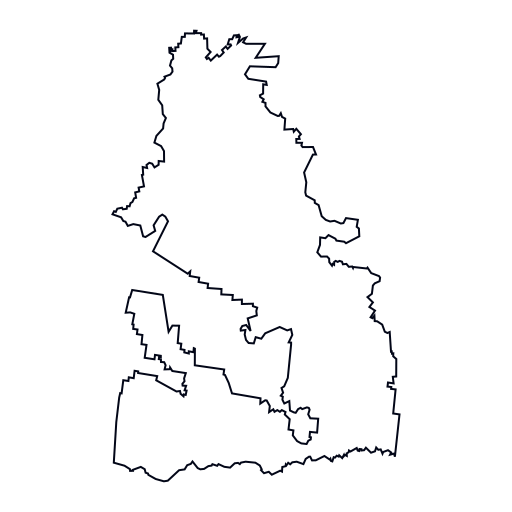 Sayula de Alemán, Veracruz, Mexico
{"feature_id": "50627088B32201743992634", "entity_name": "Sayula de Alemán", "entity_type": "district", "adm_level": 2, "iso_a3": "MEX", "parent_name": "Mexico", "parent_adm1": "Veracruz", "projection": "natural_earth1", "projection_center": [-94.941, 17.748], "detail": "fine", "context": "isolated", "style": "outline", "palette": "ink", "viewbox_px": 512, "rotation_deg": 0, "n_neighbors": 0, "source": "geoboundaries", "source_scale": "gbopen_adm2", "svg_char_len": 6033}
<svg xmlns="http://www.w3.org/2000/svg" viewBox="0 0 512 512"><path d="M185.0,33.4L184.8,36.9L181.8,36.9L180.9,43.5L178.2,43.7L178.4,47.2L175.3,47.4L175.5,50.9L172.5,51.1L172.4,49.6L171.2,50.6L171.0,47.7L169.2,47.8L169.5,52.7L173.0,54.7L173.2,58.8L171.4,60.4L170.0,65.6L172.2,68.3L172.5,71.6L170.4,74.5L164.5,76.7L165.1,77.9L164.2,79.5L157.4,83.7L159.2,89.9L158.3,99.8L162.2,105.3L162.8,114.1L165.9,118.0L163.6,123.4L163.1,128.5L156.4,135.9L154.4,142.6L161.1,146.1L164.0,151.1L164.1,161.6L158.7,161.0L158.6,164.8L154.5,167.4L152.2,163.7L149.3,162.8L146.5,165.0L147.1,168.0L142.7,167.0L143.2,174.7L141.9,175.0L144.0,186.4L138.6,187.6L139.3,191.4L135.2,192.4L136.1,197.8L134.1,198.3L132.4,202.0L130.5,203.1L129.6,206.3L127.1,206.1L126.7,208.8L122.9,209.3L122.0,207.7L117.3,208.7L115.8,211.9L114.1,211.2L112.5,214.3L121.1,217.3L123.3,221.0L125.5,221.7L127.8,225.9L133.3,224.1L140.3,225.5L143.1,236.3L145.5,237.0L155.2,230.9L153.6,225.3L159.1,216.7L162.3,214.6L165.3,216.6L168.0,221.3L153.0,251.3L187.7,273.7L190.2,271.4L189.7,276.0L199.2,277.7L198.6,282.0L208.1,283.7L207.6,288.0L221.5,289.0L221.3,294.4L232.8,295.0L232.4,300.0L241.9,299.6L241.9,304.0L252.9,303.7L252.9,306.2L257.2,307.6L256.3,311.0L256.8,315.4L247.7,318.4L250.6,331.0L246.2,325.0L242.3,326.0L240.6,328.9L240.8,330.6L245.4,330.0L244.7,334.5L246.0,339.9L248.6,343.0L253.8,343.4L255.7,337.2L261.3,338.7L265.2,333.3L279.7,327.0L287.2,330.4L291.0,329.1L292.3,334.9L288.7,342.4L291.1,342.6L291.1,344.6L287.8,377.9L284.2,386.3L281.5,388.0L283.1,392.7L280.8,395.7L282.8,396.7L282.4,399.7L284.3,403.5L289.3,401.1L290.0,410.5L293.9,412.4L295.7,412.8L298.1,409.1L300.6,407.8L302.2,409.1L306.9,407.4L308.8,407.9L309.6,409.7L308.2,414.3L310.3,418.3L318.2,418.7L317.1,432.6L310.0,431.9L309.5,437.0L310.9,437.3L310.7,439.5L308.3,440.7L306.6,444.0L301.3,443.4L297.1,441.1L292.8,435.4L293.4,430.4L288.5,429.5L289.7,419.2L284.8,414.5L285.5,412.0L281.8,410.1L279.9,411.8L277.3,410.1L274.5,411.8L273.3,409.3L269.1,412.1L269.8,406.0L266.7,400.5L265.2,400.3L260.3,403.6L260.5,398.3L232.0,393.4L228.7,382.9L225.0,375.0L223.5,374.5L224.2,369.5L194.8,365.3L194.9,348.7L193.8,348.2L193.4,352.2L188.8,351.3L188.8,353.5L184.3,352.4L184.5,349.9L180.6,349.2L181.3,343.7L177.7,343.1L179.1,325.7L172.4,325.6L168.6,331.8L162.8,294.9L132.2,290.0L130.0,297.4L129.1,297.3L125.7,312.7L130.2,312.4L134.3,313.8L132.3,324.3L133.6,324.6L133.2,328.9L137.5,329.5L136.9,334.1L142.4,335.0L141.5,344.2L146.5,344.9L144.7,357.8L154.5,359.3L155.0,354.9L160.8,355.8L160.8,357.1L159.1,356.9L158.8,359.1L160.9,359.4L161.0,362.0L164.2,362.2L165.6,365.2L164.6,369.4L169.9,369.2L170.1,367.5L172.3,371.0L185.8,373.1L184.1,378.4L184.5,381.3L182.4,383.8L182.6,385.6L186.1,385.8L184.6,390.3L186.6,390.6L185.7,394.9L183.8,394.4L183.5,396.3L180.6,393.8L180.0,391.0L176.5,391.5L156.2,380.3L157.2,376.1L138.1,373.0L138.2,371.4L134.6,370.8L133.7,378.2L128.8,377.3L128.4,381.0L123.3,380.2L121.6,393.4L120.2,393.1L119.2,397.5L116.3,421.9L113.8,462.7L124.5,465.7L129.9,469.1L130.1,470.9L132.9,470.8L132.7,469.9L140.8,466.9L144.7,469.2L145.6,472.7L148.0,473.5L148.4,474.9L155.7,479.0L163.9,481.3L167.8,480.7L179.1,470.2L184.6,469.4L187.2,465.2L190.8,463.9L192.5,461.5L197.7,468.1L200.3,469.3L204.1,468.9L208.4,466.1L211.6,465.6L212.4,464.2L217.2,465.8L218.5,464.1L224.3,466.8L230.1,467.6L234.7,463.3L238.0,462.9L239.8,464.1L241.0,462.6L245.6,461.7L255.4,462.7L259.8,465.5L261.7,469.3L261.0,470.1L264.0,473.2L268.8,471.8L271.8,474.7L280.2,470.7L282.0,471.6L282.3,467.0L285.6,466.2L285.8,464.6L286.4,465.4L288.2,462.8L290.2,464.3L292.3,462.3L296.7,461.7L303.4,464.1L305.7,458.9L309.0,456.7L310.2,456.7L312.0,460.4L315.8,460.3L324.4,456.0L329.8,459.6L330.4,458.8L330.9,460.9L332.3,461.4L333.7,457.2L335.0,457.6L336.7,455.7L338.7,456.6L339.2,455.3L342.2,458.1L343.8,455.1L344.0,456.0L345.0,454.9L346.8,455.9L346.7,453.4L348.7,452.2L349.0,450.5L350.5,451.5L356.7,448.0L357.7,450.6L359.1,451.0L359.5,449.0L361.4,449.2L361.4,450.5L364.1,450.2L365.9,447.7L371.0,452.7L375.0,451.3L376.2,447.5L378.3,449.8L380.7,449.4L382.5,453.7L383.2,452.0L388.0,450.2L391.2,452.5L390.1,454.7L394.0,453.6L394.9,456.7L399.5,414.4L393.2,413.5L395.6,389.4L391.1,388.9L391.3,387.0L387.5,386.6L388.0,382.5L393.6,383.4L392.8,376.8L396.2,376.5L396.3,359.0L393.2,356.3L393.3,353.4L392.0,353.7L391.7,351.4L391.0,351.6L389.7,332.0L387.4,333.0L384.8,331.7L382.2,324.6L377.2,321.3L374.7,321.1L374.4,315.7L372.4,318.2L370.6,317.3L375.0,310.6L369.4,307.0L372.9,302.4L367.5,297.1L371.9,293.8L372.9,285.5L374.8,283.3L379.6,281.2L380.1,277.6L379.0,276.1L371.2,273.1L367.5,267.6L366.8,268.5L353.3,267.0L353.0,268.0L352.2,266.5L348.8,266.8L346.4,263.9L342.9,264.3L342.0,261.7L339.5,260.9L337.7,261.9L335.7,260.9L334.2,261.9L334.1,264.8L332.7,263.9L332.0,265.7L329.3,262.2L329.1,258.6L327.0,256.5L321.0,256.6L317.3,252.3L320.0,244.9L320.2,237.4L325.4,238.2L328.5,235.1L335.4,238.7L336.4,240.6L344.2,241.7L346.0,243.2L359.3,236.3L358.9,228.5L356.7,226.8L357.9,219.8L346.0,218.1L343.4,223.1L340.8,223.5L334.5,220.8L330.1,221.5L325.8,219.9L321.7,216.2L318.6,205.1L314.8,202.9L314.7,200.3L306.1,195.6L305.3,192.3L306.3,182.3L304.1,172.5L312.9,154.6L316.0,154.5L313.0,147.0L302.6,147.1L301.4,145.5L302.0,142.8L296.4,142.8L296.3,139.0L299.6,138.9L298.9,136.5L300.9,134.2L296.3,128.8L293.8,131.7L293.2,129.0L284.4,129.6L285.2,118.6L282.0,116.9L280.8,113.2L279.2,115.8L277.8,116.0L270.4,112.5L265.5,106.4L265.5,102.9L262.4,101.8L263.7,99.3L260.2,97.0L259.9,95.3L263.1,93.6L263.2,84.3L266.7,84.9L266.1,81.6L248.3,78.8L245.0,74.3L249.9,66.3L275.6,67.2L278.2,63.1L278.7,56.2L255.7,57.8L264.9,43.8L246.1,43.8L243.1,42.3L246.1,37.5L243.1,38.5L238.0,42.9L239.9,36.9L238.8,34.7L237.8,35.1L238.0,37.0L236.5,37.3L236.8,35.2L233.9,35.4L232.2,39.2L229.3,39.2L227.7,44.4L230.6,44.4L231.1,45.5L227.6,48.9L225.8,46.5L222.0,50.0L223.7,52.5L220.2,56.1L218.9,56.7L217.1,54.6L210.8,60.6L208.6,57.8L206.9,59.0L205.8,57.4L210.6,52.0L207.4,48.7L207.1,38.4L204.1,38.6L203.9,34.5L201.1,34.6L201.1,33.1L195.8,33.1L196.5,30.8L194.1,30.7L194.0,33.5L185.0,33.4Z" fill="none" stroke="#020617" stroke-width="2"/></svg>